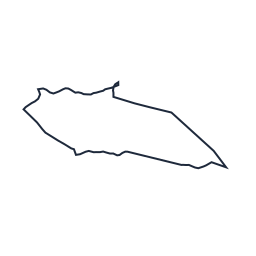 the district of Santa Lúcia, São Paulo, Brazil, rotated 17°
{"feature_id": "56859067B77203657890753", "entity_name": "Santa Lúcia", "entity_type": "district", "adm_level": 2, "iso_a3": "BRA", "parent_name": "Brazil", "parent_adm1": "São Paulo", "projection": "albers", "projection_center": [-48.079, -21.668], "detail": "fine", "context": "isolated", "style": "outline", "palette": "slate", "viewbox_px": 256, "rotation_deg": 17, "n_neighbors": 0, "source": "geoboundaries", "source_scale": "gbopen_adm2", "svg_char_len": 1082}
<svg xmlns="http://www.w3.org/2000/svg" viewBox="0 0 256 256"><g transform="rotate(17 128 128)"><path d="M233.3,136.9L216.6,124.8L165.0,100.5L142.5,101.8L127.1,102.5L105.0,102.5L103.8,98.6L102.7,96.5L102.2,93.0L99.9,94.7L97.1,96.3L94.8,97.7L93.4,99.6L90.5,101.4L87.3,103.5L84.8,104.7L82.7,106.8L79.4,107.7L75.7,108.6L73.2,108.2L70.0,108.4L67.3,109.6L64.6,108.9L62.4,108.3L59.4,107.7L56.6,108.3L54.6,109.9L51.4,113.1L49.0,115.0L46.6,116.8L42.9,116.8L38.8,115.3L35.3,115.0L30.7,117.2L32.5,119.3L34.1,121.6L33.6,126.3L31.2,129.8L28.6,132.3L26.4,135.0L24.0,138.0L22.7,140.7L39.4,149.3L46.3,154.1L50.4,156.6L64.6,160.4L71.7,162.0L79.7,164.1L82.5,164.1L86.1,168.9L89.8,167.1L94.4,163.1L97.2,161.4L102.2,161.2L105.1,160.2L108.2,159.3L111.1,157.8L114.3,157.8L118.3,157.7L121.3,156.7L125.6,157.3L127.8,156.3L129.9,153.5L132.3,151.4L134.5,150.8L189.8,147.7L192.0,147.0L194.8,146.3L197.0,145.5L200.6,145.9L203.6,146.2L207.0,145.9L211.5,142.7L213.6,140.9L217.9,136.3L233.3,136.9ZM102.2,93.0L106.2,89.8L105.3,87.1L103.0,89.9L102.2,93.0Z" fill="none" stroke="#1e293b" stroke-width="2"/></g></svg>